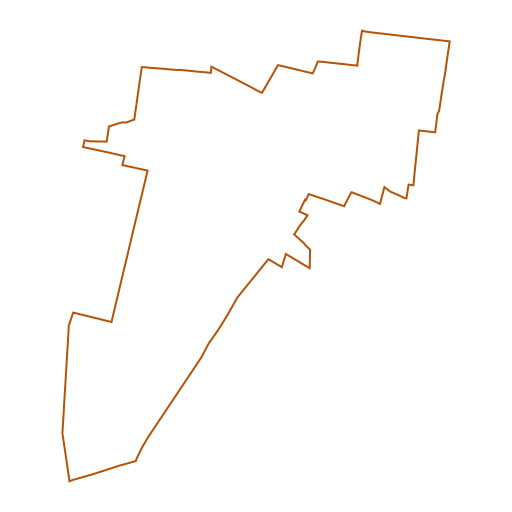 the district of Macesu De Jos, Dolj, Romania
{"feature_id": "2599482B63888529601134", "entity_name": "Macesu De Jos", "entity_type": "district", "adm_level": 2, "iso_a3": "ROU", "parent_name": "Romania", "parent_adm1": "Dolj", "projection": "natural_earth1", "projection_center": [23.709, 43.853], "detail": "fine", "context": "isolated", "style": "outline", "palette": "amber", "viewbox_px": 512, "rotation_deg": 0, "n_neighbors": 0, "source": "geoboundaries", "source_scale": "gbopen_adm2", "svg_char_len": 2770}
<svg xmlns="http://www.w3.org/2000/svg" viewBox="0 0 512 512"><path d="M69.5,481.3L72.9,479.9L92.3,474.4L118.5,465.9L135.9,461.0L136.6,458.6L142.3,447.0L148.8,436.1L201.3,357.5L208.9,343.1L218.5,329.5L227.2,315.5L237.5,297.3L268.4,259.2L278.9,265.4L281.8,267.2L285.9,254.0L304.4,265.1L309.7,268.1L309.7,267.8L310.1,249.7L304.9,244.7L304.3,243.6L304.1,243.4L298.0,237.9L294.1,234.4L294.3,234.2L295.1,233.0L295.9,231.8L297.0,230.2L297.3,229.8L297.5,229.4L297.9,228.9L298.0,228.4L298.3,228.0L298.6,227.4L298.8,227.1L299.1,226.6L299.5,226.2L299.8,225.8L300.5,224.9L301.0,224.1L301.6,223.3L302.2,222.6L302.6,222.2L303.2,221.5L304.2,220.3L304.4,220.1L304.5,219.9L304.7,219.6L304.8,219.3L305.0,219.1L305.2,218.8L305.4,218.4L305.7,218.0L305.8,217.8L306.0,217.6L306.3,217.1L306.4,216.9L306.7,216.6L306.8,216.3L307.0,216.0L307.1,215.7L307.4,215.4L307.5,215.2L299.3,211.6L302.5,204.9L305.1,199.6L306.0,200.1L308.7,194.1L319.2,197.6L322.3,198.6L340.0,204.8L344.2,206.2L344.3,205.9L345.8,202.8L351.4,192.2L351.8,192.3L359.8,195.4L372.7,200.4L380.0,203.9L384.4,187.1L385.6,188.0L390.3,191.7L391.1,192.0L394.2,193.3L398.8,195.3L403.5,197.6L404.9,198.2L406.4,198.4L408.6,184.6L413.4,185.2L413.7,182.3L415.2,166.5L415.8,161.1L418.9,130.5L435.2,132.3L436.9,118.7L437.3,114.3L439.1,110.9L440.5,101.7L441.3,96.0L443.8,80.5L445.5,70.8L446.7,61.6L449.4,43.5L449.6,41.4L433.2,39.5L425.7,38.7L423.7,38.4L421.2,38.2L419.5,38.0L417.4,37.7L408.1,36.6L404.2,36.2L398.6,35.5L395.4,35.2L392.4,34.8L388.2,34.3L384.2,33.8L381.9,33.6L379.1,33.3L376.7,33.0L374.0,32.7L370.0,32.2L367.3,31.8L365.4,31.6L363.1,31.0L362.0,30.7L361.1,36.4L360.1,43.3L358.8,52.7L357.9,60.1L357.5,62.5L357.4,64.0L357.3,65.6L355.3,65.4L351.3,65.0L347.6,64.6L345.5,64.3L342.1,63.9L340.1,63.8L336.0,63.3L333.6,63.1L331.3,62.8L329.1,62.6L326.1,62.2L323.5,61.9L322.4,61.8L322.1,61.8L317.8,61.5L314.3,70.2L313.1,72.5L312.7,73.4L278.0,65.1L267.2,83.8L262.0,92.8L258.4,91.2L251.6,87.5L241.1,82.0L221.2,71.7L211.4,66.7L210.9,72.8L210.3,72.8L204.5,72.2L195.9,71.5L187.9,70.6L182.0,70.1L179.0,69.9L177.1,70.0L175.9,69.9L174.7,69.8L173.6,69.7L172.5,69.6L171.4,69.5L170.6,69.5L169.8,69.4L168.8,69.3L167.3,69.2L166.0,69.0L164.7,68.9L163.6,68.8L162.4,68.7L161.5,68.7L160.2,68.6L159.1,68.5L157.6,68.4L156.3,68.2L154.9,68.1L153.3,68.0L151.6,67.9L150.3,67.8L149.0,67.7L147.6,67.5L146.4,67.4L145.3,67.3L143.9,67.2L143.2,67.1L141.8,67.1L141.7,67.6L141.2,71.2L140.5,76.0L139.0,86.3L134.3,119.5L126.2,122.5L121.9,122.4L120.3,122.8L109.0,126.4L106.7,141.6L89.7,141.3L84.5,140.3L83.1,147.1L108.9,152.6L124.6,156.2L122.4,165.1L130.7,166.9L147.6,170.6L131.8,236.6L126.5,259.1L121.3,280.7L111.5,322.0L73.2,312.6L68.8,325.5L68.2,336.9L63.9,408.0L63.9,409.0L62.4,433.1L65.2,451.9L66.5,460.7L69.5,481.3Z" fill="none" stroke="#b45309" stroke-width="2"/></svg>